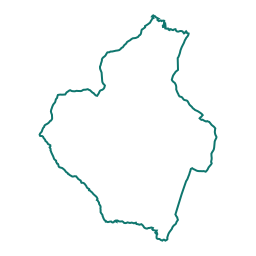 Iguatemi, Mato Grosso do Sul, Brazil
{"feature_id": "56859067B32573780362685", "entity_name": "Iguatemi", "entity_type": "district", "adm_level": 2, "iso_a3": "BRA", "parent_name": "Brazil", "parent_adm1": "Mato Grosso do Sul", "projection": "mercator", "projection_center": [-54.542, -23.417], "detail": "fine", "context": "isolated", "style": "outline", "palette": "teal", "viewbox_px": 256, "rotation_deg": 0, "n_neighbors": 0, "source": "geoboundaries", "source_scale": "gbopen_adm2", "svg_char_len": 5756}
<svg xmlns="http://www.w3.org/2000/svg" viewBox="0 0 256 256"><path d="M58.6,166.3L59.3,167.2L60.7,167.6L62.1,168.0L62.7,168.4L64.5,169.9L66.1,172.0L67.7,173.1L68.2,174.1L69.0,174.3L69.6,175.0L70.9,175.7L72.2,176.5L73.3,176.5L74.6,176.2L76.3,176.4L76.8,177.3L77.5,177.9L77.9,178.7L80.0,180.2L80.7,180.6L81.0,181.8L81.5,182.8L82.6,182.7L83.9,183.2L85.1,184.4L86.4,186.3L86.8,187.3L87.5,188.1L88.2,188.5L89.1,189.0L89.0,190.2L89.8,190.3L90.4,191.1L91.6,192.0L92.3,192.7L93.3,194.0L94.4,195.0L96.0,196.4L96.8,197.3L97.5,198.8L96.9,200.0L97.7,200.4L98.2,201.5L99.0,202.5L99.1,203.9L99.6,204.7L100.5,206.2L100.6,207.2L100.4,208.3L100.6,209.7L100.6,212.2L101.3,213.4L102.0,214.3L102.5,215.1L102.7,216.4L103.2,217.4L103.5,218.4L104.2,219.6L104.7,220.4L105.7,220.8L105.8,221.7L106.7,221.7L107.9,222.1L109.1,221.8L110.3,221.5L111.2,221.5L111.9,222.2L112.8,222.5L113.7,222.2L114.2,221.5L114.8,221.0L116.5,221.8L116.3,220.5L117.5,220.5L119.0,221.4L120.7,221.5L122.2,221.3L123.3,222.0L124.1,222.9L125.1,223.1L126.1,223.0L127.5,222.4L130.0,223.0L131.6,222.6L132.8,222.9L133.9,223.3L135.9,222.7L136.4,224.0L137.9,224.2L139.4,224.7L141.4,224.2L142.7,225.3L143.3,226.1L143.8,226.9L144.3,227.6L145.1,228.1L146.2,228.5L147.4,228.5L148.4,228.0L149.2,228.0L151.4,227.5L152.9,228.0L152.3,229.3L152.9,230.0L154.2,230.3L155.5,230.6L156.7,230.6L156.2,231.7L155.3,232.7L156.1,233.6L157.0,233.1L157.3,234.1L156.8,234.9L156.6,235.9L156.5,237.0L156.7,238.2L157.4,238.8L158.3,238.9L159.5,239.0L161.0,240.1L162.4,240.6L163.4,239.7L164.5,239.8L165.3,240.6L166.6,240.0L167.4,239.2L167.3,237.4L168.3,234.3L168.7,233.4L169.2,232.5L169.8,231.6L171.1,229.9L171.9,228.8L172.3,227.6L172.9,226.6L173.8,225.5L174.8,224.7L175.6,224.1L176.1,223.2L176.5,222.0L177.9,219.9L177.4,218.4L177.2,217.3L176.4,216.4L175.9,215.3L175.4,214.5L181.6,194.3L186.1,181.2L186.7,180.3L187.4,179.1L188.7,175.7L189.1,174.8L189.6,173.1L189.9,172.0L190.3,171.1L190.6,169.7L190.9,168.9L192.2,168.2L193.4,169.1L194.5,169.5L195.9,170.3L197.3,170.9L198.8,171.1L202.8,171.2L203.8,171.1L205.7,171.7L207.0,170.4L207.7,169.3L208.6,167.4L210.5,165.1L211.3,164.1L211.7,163.2L211.1,162.0L211.3,160.9L211.6,159.5L211.7,158.0L211.5,156.2L211.4,153.7L212.1,152.3L213.2,150.6L213.8,149.4L214.2,147.3L214.3,146.0L214.4,145.0L214.7,141.5L215.1,140.4L216.4,137.7L216.4,136.7L215.6,135.2L215.2,134.1L215.0,133.2L214.8,132.0L214.9,131.0L215.0,130.2L215.1,129.2L215.3,128.4L214.0,126.8L211.6,124.9L209.9,122.7L209.2,121.9L208.2,121.6L207.2,121.1L206.1,121.5L204.4,120.8L202.6,119.7L201.6,119.9L200.7,119.4L199.6,118.3L200.2,117.6L201.3,116.8L202.0,115.9L202.7,115.1L202.1,114.3L200.7,113.1L199.5,112.3L197.6,111.1L196.2,110.5L194.9,109.9L194.2,109.2L193.2,108.5L192.4,107.7L191.9,106.9L190.1,105.3L189.3,104.4L188.4,102.6L187.7,101.4L187.2,100.8L186.3,100.4L185.2,100.2L183.8,99.7L182.8,98.4L182.3,97.6L181.5,97.0L179.5,96.4L178.7,95.2L178.3,94.1L177.5,92.6L176.8,91.0L176.2,89.3L176.3,87.9L176.2,86.5L176.0,85.4L175.5,84.2L174.7,82.8L173.3,81.8L172.3,80.7L171.8,79.8L172.3,78.0L173.0,75.8L173.7,74.6L175.0,72.8L175.7,71.7L176.8,70.9L178.0,69.9L177.7,58.1L178.5,56.9L179.3,54.8L179.9,53.0L180.5,50.3L181.2,48.5L181.6,47.4L183.0,44.6L183.7,43.3L184.2,42.1L184.7,40.7L185.3,39.5L185.8,38.8L186.2,37.9L186.9,37.1L187.7,36.1L188.4,34.8L188.6,33.5L187.1,33.1L186.7,32.1L186.1,31.3L185.4,31.9L184.8,33.0L184.0,33.4L182.5,31.4L181.6,31.1L180.7,31.0L179.8,31.1L178.4,31.6L177.1,31.5L176.0,30.6L175.5,29.2L174.2,29.4L173.2,30.1L172.3,30.0L171.4,29.4L170.1,29.1L169.6,30.1L168.6,29.7L168.0,28.5L166.5,28.7L165.3,28.4L165.6,27.1L165.5,25.9L165.3,24.4L164.6,25.5L163.9,26.9L163.0,27.0L162.8,25.7L163.9,24.5L164.0,23.0L164.2,20.8L163.3,20.6L162.5,20.7L161.5,21.1L160.8,20.4L159.7,20.7L158.9,21.1L158.2,20.6L157.4,19.9L157.6,19.0L158.4,18.6L157.3,18.0L155.9,17.3L155.1,16.3L154.1,16.0L153.4,15.4L152.6,15.7L152.0,16.6L153.1,16.9L153.5,18.1L152.5,18.5L151.9,19.3L151.4,20.3L150.7,21.3L150.1,22.6L148.0,24.2L146.0,25.5L145.0,26.1L145.1,27.3L143.0,28.9L141.8,29.6L141.4,30.9L141.2,32.3L140.8,33.9L140.1,34.9L139.2,35.4L138.1,36.9L137.0,37.4L135.9,37.9L134.8,38.1L132.8,38.3L131.4,39.1L130.3,40.1L128.0,41.4L126.9,42.2L126.2,43.5L125.3,44.3L124.3,45.1L122.8,47.3L121.5,47.9L120.8,48.8L120.0,49.5L119.2,50.1L118.4,50.3L117.4,50.5L115.8,50.7L114.6,51.0L112.2,51.5L111.1,51.5L110.3,51.6L109.5,52.2L108.3,52.3L107.4,52.4L106.8,53.2L106.3,54.0L105.9,54.8L105.4,55.6L104.7,56.3L103.0,57.6L102.3,58.5L101.9,59.4L101.9,60.5L101.4,62.3L101.0,63.3L100.8,64.4L100.5,65.5L100.0,66.5L100.0,67.6L100.1,68.7L100.4,69.6L101.0,71.1L101.6,72.6L102.2,81.0L102.5,82.4L103.3,83.8L104.0,84.4L104.9,85.5L104.3,87.7L103.5,88.9L102.3,89.8L101.2,90.1L100.1,90.7L99.4,91.8L99.1,92.6L98.6,93.6L97.9,94.6L97.2,95.8L96.1,95.6L95.1,94.8L94.5,94.3L94.1,93.6L93.4,93.0L92.6,92.7L91.0,91.2L90.1,90.3L88.8,89.8L87.8,89.2L85.4,89.7L83.4,89.8L82.4,90.4L81.6,90.9L80.5,91.1L79.2,91.0L78.0,91.0L77.2,90.9L76.3,90.9L74.8,91.3L72.8,91.2L71.7,91.0L70.9,90.6L70.1,90.2L69.2,90.6L68.4,91.2L67.6,91.7L66.5,92.5L65.8,93.6L65.2,94.5L62.3,94.7L60.4,94.6L59.1,94.7L57.9,95.0L57.4,96.3L57.1,97.9L56.4,98.6L55.8,99.5L55.5,100.9L55.1,102.2L54.6,102.9L53.8,103.8L53.0,105.0L52.2,106.9L51.8,108.2L51.2,109.8L50.9,111.4L51.2,112.7L52.0,114.9L52.0,116.0L52.1,117.4L52.1,118.8L51.6,119.7L51.0,120.6L50.1,121.0L49.2,122.2L48.3,123.1L47.1,123.9L45.2,124.9L44.4,125.8L44.1,127.0L43.3,127.7L42.8,128.7L42.2,130.2L41.8,131.5L40.1,133.5L39.6,134.7L40.1,135.9L42.2,136.1L43.1,136.8L43.6,138.0L44.3,138.8L45.1,139.8L45.4,140.9L46.3,141.6L47.3,142.6L47.9,143.9L50.3,145.2L50.4,146.4L49.6,147.3L50.1,148.1L50.6,149.0L50.5,150.4L51.0,151.3L51.2,152.2L52.0,153.9L53.2,156.4L54.1,158.9L54.7,159.6L56.1,160.7L56.1,161.8L56.7,162.7L57.0,163.6L57.9,163.9L58.3,164.7L58.6,166.3Z" fill="none" stroke="#0f766e" stroke-width="2"/></svg>